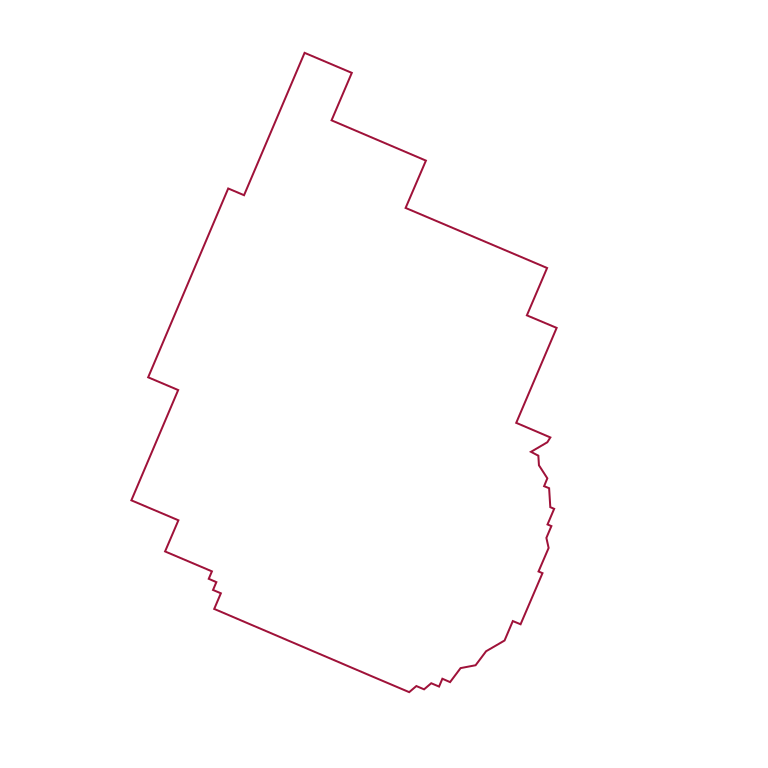 Dawson, Montana, United States of America, rotated 23°
{"feature_id": "52423323B95485896454849", "entity_name": "Dawson", "entity_type": "district", "adm_level": 2, "iso_a3": "USA", "parent_name": "United States of America", "parent_adm1": "Montana", "projection": "mercator", "projection_center": [-104.678, 47.326], "detail": "fine", "context": "isolated", "style": "outline", "palette": "rose", "viewbox_px": 768, "rotation_deg": 23, "n_neighbors": 0, "source": "geoboundaries", "source_scale": "gbopen_adm2", "svg_char_len": 801}
<svg xmlns="http://www.w3.org/2000/svg" viewBox="0 0 768 768"><g transform="rotate(23 384 384)"><path d="M484.8,657.8L527.6,657.8L531.8,649.4L540.2,649.4L544.4,641.0L552.9,641.0L552.9,632.5L561.3,632.6L565.5,615.6L578.2,607.1L582.4,590.1L595.2,573.0L595.2,551.9L603.6,551.8L603.8,496.2L599.5,496.2L599.6,470.6L593.6,462.2L593.6,449.4L589.4,449.4L589.4,432.4L585.2,432.4L576.7,415.4L571.3,415.5L571.2,407.0L558.4,398.3L554.1,389.7L545.8,389.0L557.1,373.8L558.0,368.2L520.9,368.1L521.0,264.9L488.7,265.0L488.8,213.5L335.1,213.5L335.3,162.0L232.7,161.8L232.8,110.2L181.5,110.2L181.4,264.9L164.2,264.9L164.3,470.0L196.9,470.0L196.9,589.8L248.0,589.8L247.9,623.7L298.8,623.7L298.8,631.8L307.1,631.9L307.1,640.4L315.6,640.4L315.6,657.4L484.8,657.8Z" fill="none" stroke="#9f1239" stroke-width="2"/></g></svg>